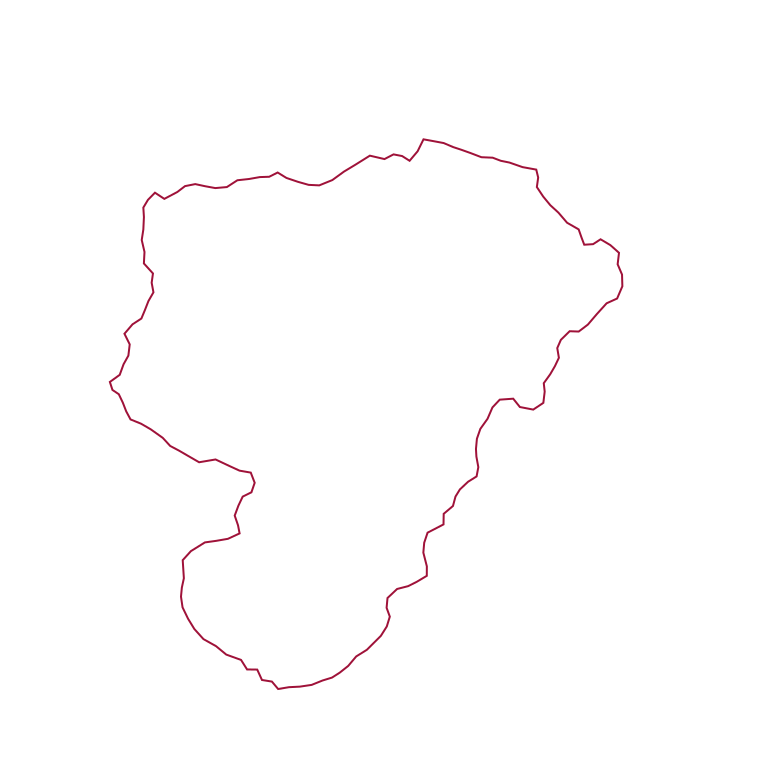 the district of Visconde do Rio Branco, Minas Gerais, Brazil, rotated 250°
{"feature_id": "56859067B8561147773652", "entity_name": "Visconde do Rio Branco", "entity_type": "district", "adm_level": 2, "iso_a3": "BRA", "parent_name": "Brazil", "parent_adm1": "Minas Gerais", "projection": "robinson", "projection_center": [-42.844, -21.023], "detail": "fine", "context": "isolated", "style": "outline", "palette": "rose", "viewbox_px": 768, "rotation_deg": 250, "n_neighbors": 0, "source": "geoboundaries", "source_scale": "gbopen_adm2", "svg_char_len": 2254}
<svg xmlns="http://www.w3.org/2000/svg" viewBox="0 0 768 768"><g transform="rotate(250 384 384)"><path d="M189.1,358.6L198.0,361.9L212.1,363.3L221.1,367.5L229.4,374.1L231.7,391.9L241.6,395.7L245.8,407.1L253.8,412.7L259.0,419.3L263.4,429.6L265.5,439.4L273.6,444.2L284.2,446.0L291.5,448.2L300.8,452.6L308.9,459.2L315.9,469.4L324.9,477.9L329.7,487.4L326.0,500.4L315.9,503.8L308.9,515.5L311.8,527.3L321.9,532.4L330.1,534.4L336.3,543.5L342.3,550.7L348.8,557.3L358.5,559.1L365.0,565.3L370.1,576.5L366.7,584.9L370.1,595.9L376.9,607.9L383.7,620.8L384.6,632.3L394.3,641.4L405.4,645.1L416.6,644.5L426.9,649.7L437.1,644.2L445.9,637.0L443.9,628.3L446.4,619.8L454.2,619.7L462.7,619.8L472.9,611.2L485.4,606.5L495.2,601.4L505.7,597.7L516.8,595.0L525.3,599.5L533.4,600.4L540.4,588.4L549.2,577.6L553.8,570.1L559.5,563.5L563.8,553.1L571.6,544.1L577.8,536.6L583.0,530.0L590.0,522.5L595.2,513.7L600.4,504.8L591.2,495.2L585.0,484.4L592.0,479.0L596.5,471.5L595.2,461.4L603.4,448.8L599.8,431.9L597.3,419.1L593.3,405.2L592.8,391.1L596.9,381.3L603.4,372.3L611.0,362.8L619.1,356.4L618.0,347.0L620.9,338.1L622.8,327.3L625.6,315.9L622.8,303.7L625.8,292.5L631.0,283.6L636.4,275.0L638.0,264.7L635.1,255.4L633.1,240.9L642.1,234.2L637.8,225.2L632.1,218.2L623.0,215.5L611.5,210.7L602.2,205.6L590.0,204.1L579.4,199.6L566.9,204.7L558.6,200.3L549.0,198.7L542.5,191.0L535.0,184.4L528.5,178.4L526.1,168.1L520.0,157.3L508.2,158.6L498.1,153.5L491.6,146.0L483.0,138.8L479.7,127.1L471.3,126.8L465.1,131.3L455.8,132.2L446.4,132.4L437.4,133.7L429.8,142.1L421.2,149.3L409.0,157.7L398.9,161.9L391.6,168.5L383.7,175.1L373.7,183.5L370.7,199.9L359.8,210.7L352.0,218.6L346.3,228.5L335.4,228.7L327.6,222.4L326.5,212.7L319.5,205.6L311.4,198.7L301.1,198.5L293.0,197.2L291.9,184.4L294.0,172.7L296.4,161.5L293.0,145.4L287.3,134.6L278.1,131.9L269.9,129.5L261.8,124.4L253.6,120.5L243.0,118.3L230.4,119.6L218.6,122.0L206.0,127.1L195.1,136.5L183.7,143.2L173.6,155.3L162.6,157.7L159.0,167.2L147.6,168.1L142.7,176.9L133.6,180.2L131.6,191.0L128.4,201.4L126.0,213.1L126.4,224.8L125.9,234.7L127.9,243.7L131.3,253.9L137.5,264.7L140.1,277.0L144.0,285.4L148.4,294.9L155.2,303.7L163.4,309.9L172.8,309.9L181.7,314.1L186.9,326.2L185.8,337.5L186.9,347.0L189.1,358.6Z" fill="none" stroke="#9f1239" stroke-width="2"/></g></svg>